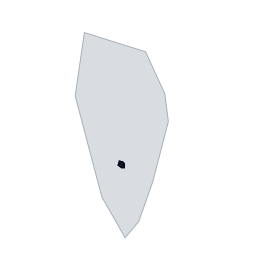 Piton Flore, Castries, Saint Lucia (highlighted), rotated 163°
{"feature_id": "8701671B72718235306176", "entity_name": "Piton Flore", "entity_type": "district", "adm_level": 2, "iso_a3": "LCA", "parent_name": "Saint Lucia", "parent_adm1": "Castries", "projection": "robinson", "projection_center": [-60.943, 13.965], "detail": "fine", "context": "in_parent", "style": "filled", "palette": "ink", "viewbox_px": 256, "rotation_deg": 163, "n_neighbors": 0, "source": "geoboundaries", "source_scale": "gbopen_adm2", "svg_char_len": 511}
<svg xmlns="http://www.w3.org/2000/svg" viewBox="0 0 256 256"><g transform="rotate(163 128 128)"><path d="M169.1,174.2L141.8,232.0L88.9,195.7L82.8,150.1L87.5,122.4L119.9,69.6L145.1,35.4L162.8,24.0L173.2,69.5L169.1,174.2Z" fill="#d9dde1" stroke="#a8b0b8" stroke-width="1"/><path d="M148.3,95.5L145.8,92.0L145.7,91.9L143.2,91.2L143.2,91.4L142.0,94.8L142.8,96.9L146.0,98.9L146.1,98.7L146.5,97.9L147.6,96.2L147.7,95.9L147.9,95.7L148.2,95.6L148.3,95.5Z" fill="#0f172a" stroke="#020617" stroke-width="1.5"/></g></svg>